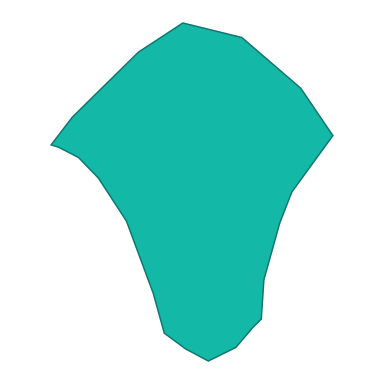 Unjong Dist., P'yŏngan-namdo, North Korea
{"feature_id": "82179303B85891331606678", "entity_name": "Unjong Dist.", "entity_type": "district", "adm_level": 2, "iso_a3": "PRK", "parent_name": "North Korea", "parent_adm1": "P'yŏngan-namdo", "projection": "orthographic", "projection_center": [125.854, 39.212], "detail": "fine", "context": "isolated", "style": "filled", "palette": "teal", "viewbox_px": 384, "rotation_deg": 0, "n_neighbors": 0, "source": "geoboundaries", "source_scale": "gbopen_adm2", "svg_char_len": 396}
<svg xmlns="http://www.w3.org/2000/svg" viewBox="0 0 384 384"><path d="M51.1,144.9L58.5,147.2L78.5,157.5L98.5,178.2L126.5,221.2L153.3,293.5L164.3,333.2L185.9,349.1L208.3,361.0L235.9,347.4L253.2,327.1L261.3,319.1L263.9,279.7L279.8,222.9L291.9,191.9L332.9,135.6L300.7,88.2L241.8,37.5L182.8,23.0L138.6,52.0L94.4,95.4L72.3,117.2L51.1,144.9Z" fill="#14b8a6" stroke="#0f766e" stroke-width="1.5"/></svg>